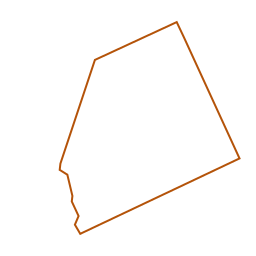 outline of Alamosa, Colorado, United States of America, rotated 155°
{"feature_id": "52423323B58056055528958", "entity_name": "Alamosa", "entity_type": "district", "adm_level": 2, "iso_a3": "USA", "parent_name": "United States of America", "parent_adm1": "Colorado", "projection": "orthographic", "projection_center": [-105.672, 37.554], "detail": "fine", "context": "isolated", "style": "outline", "palette": "amber", "viewbox_px": 256, "rotation_deg": 155, "n_neighbors": 0, "source": "geoboundaries", "source_scale": "gbopen_adm2", "svg_char_len": 312}
<svg xmlns="http://www.w3.org/2000/svg" viewBox="0 0 256 256"><g transform="rotate(155 128 128)"><path d="M39.0,186.6L39.1,203.4L129.2,203.7L204.3,124.3L207.6,118.9L202.7,111.3L207.1,89.9L210.0,85.2L210.0,69.1L217.0,62.8L216.0,52.3L39.8,53.3L39.0,186.6Z" fill="none" stroke="#b45309" stroke-width="2"/></g></svg>